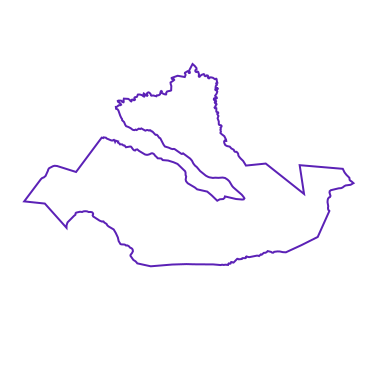 Lucerna, Ocotepeque, Honduras (Equal Earth projection), rotated 129°
{"feature_id": "27666195B25716596314577", "entity_name": "Lucerna", "entity_type": "district", "adm_level": 2, "iso_a3": "HND", "parent_name": "Honduras", "parent_adm1": "Ocotepeque", "projection": "equal_earth", "projection_center": [-89.0, 14.594], "detail": "fine", "context": "isolated", "style": "outline", "palette": "violet", "viewbox_px": 384, "rotation_deg": 129, "n_neighbors": 0, "source": "geoboundaries", "source_scale": "gbopen_adm2", "svg_char_len": 6053}
<svg xmlns="http://www.w3.org/2000/svg" viewBox="0 0 384 384"><g transform="rotate(129 192 192)"><path d="M281.9,189.6L275.7,177.3L260.8,161.7L251.4,150.8L247.2,145.3L234.9,129.9L230.7,123.7L229.6,122.9L228.8,121.5L227.5,120.3L226.0,118.1L225.2,118.5L224.4,118.5L224.1,117.6L223.5,117.1L222.9,117.4L222.2,117.1L221.7,117.4L221.2,116.6L221.0,115.6L220.7,115.3L215.5,114.8L215.1,114.4L214.9,113.3L212.7,111.1L212.0,111.3L211.6,111.1L209.8,108.9L209.1,108.7L208.4,109.3L207.8,109.1L207.2,107.5L206.6,106.5L200.6,101.5L199.9,100.6L199.6,99.6L197.1,99.2L196.9,98.4L194.1,97.9L192.9,96.6L191.5,96.1L190.3,96.0L188.8,92.9L188.7,91.6L188.3,91.0L187.9,90.6L186.8,90.5L184.4,88.2L183.0,86.4L181.6,83.6L179.8,81.1L164.4,73.5L147.8,66.0L120.3,73.3L120.0,75.0L118.8,76.3L117.3,77.2L114.6,80.3L112.7,81.6L111.4,82.1L110.1,82.1L109.1,81.6L107.9,81.9L105.9,84.8L104.7,85.5L103.2,85.2L96.8,80.3L95.2,78.6L93.7,77.8L91.6,77.3L90.2,76.7L86.6,73.3L83.5,72.1L83.4,74.8L83.6,76.0L83.4,77.1L81.9,78.7L81.5,82.7L80.8,85.7L79.1,89.4L103.4,125.2L123.0,103.7L123.5,152.6L137.5,166.7L135.7,171.7L135.3,175.7L134.8,178.1L134.3,179.1L133.2,180.3L132.8,181.7L132.8,182.8L133.6,183.7L133.7,184.3L133.6,184.9L132.9,186.2L133.4,188.8L133.0,191.2L134.2,193.6L134.5,194.9L134.5,196.0L133.5,197.9L132.4,198.9L131.3,198.9L131.1,198.5L131.0,197.7L130.8,197.5L129.9,198.5L128.3,202.0L128.4,205.5L128.2,207.1L126.8,207.6L125.8,209.1L124.9,209.2L124.1,210.3L122.7,210.2L122.1,210.5L121.9,211.5L122.7,212.9L122.4,213.9L120.3,215.6L118.6,218.5L116.3,219.3L115.5,221.5L115.0,221.6L114.2,221.3L113.9,221.5L113.7,222.1L114.2,223.0L114.2,223.7L111.6,225.8L111.7,226.4L112.4,226.9L112.2,227.6L111.8,227.7L111.0,227.4L109.9,228.1L108.6,228.0L108.1,228.6L108.4,229.9L108.1,230.6L107.6,230.8L106.7,230.1L106.2,230.4L106.0,231.2L106.6,232.5L106.3,233.3L105.6,233.7L105.0,233.6L104.6,233.2L104.2,232.0L103.3,231.8L102.9,232.4L103.0,233.8L102.6,234.6L100.0,234.8L98.1,235.5L97.7,236.4L98.0,237.9L97.5,238.6L96.7,238.3L96.2,236.9L95.5,236.9L95.2,237.7L96.0,238.8L95.8,239.6L94.6,240.2L93.0,240.1L92.8,240.5L92.7,241.3L92.3,241.6L91.2,241.0L90.1,242.6L88.8,243.9L88.8,244.6L89.6,244.9L89.9,245.3L90.1,247.7L91.0,249.5L91.6,250.1L92.7,250.1L93.2,250.7L93.1,251.6L92.0,252.1L91.6,253.0L92.0,253.9L93.2,254.1L93.7,254.7L93.7,255.5L92.9,256.4L93.0,257.1L94.6,258.1L96.2,258.6L97.7,258.6L98.0,259.1L97.8,259.6L96.1,260.7L94.8,262.7L94.9,263.5L95.7,263.8L96.1,264.2L96.2,264.9L95.9,265.6L95.2,266.0L93.8,265.7L92.9,266.5L92.3,269.2L92.2,272.1L99.2,270.7L99.8,270.2L100.2,269.1L100.8,268.7L101.2,268.9L101.4,269.4L100.6,270.6L100.8,271.4L103.7,272.5L104.2,272.3L104.6,271.2L105.2,270.6L107.2,270.0L110.7,276.3L116.1,279.6L116.5,279.3L116.7,278.8L116.5,278.2L115.8,277.4L115.8,276.9L116.1,276.4L116.9,276.5L120.4,277.6L121.6,276.4L122.6,274.8L126.1,272.2L126.6,272.3L129.5,274.6L131.1,274.5L132.2,273.6L132.6,273.6L133.4,275.0L134.0,277.5L133.7,278.3L132.8,278.7L132.9,279.5L133.4,279.6L136.3,278.3L137.8,278.8L139.0,280.1L140.0,279.9L141.4,282.9L142.7,284.2L142.7,284.7L142.1,285.5L141.8,286.4L141.7,287.8L142.0,288.6L142.9,289.0L143.9,289.0L144.5,288.5L144.9,287.4L145.5,287.4L145.8,288.4L145.7,291.1L145.8,291.5L146.9,291.0L147.2,290.4L147.3,289.3L147.9,289.2L148.2,289.8L148.2,291.6L148.7,293.1L149.5,294.5L150.4,295.4L152.6,294.7L153.2,295.0L154.1,295.9L154.8,296.1L155.4,295.8L155.9,294.6L156.6,294.4L157.2,294.8L157.5,296.2L158.1,296.8L158.7,296.8L159.4,296.2L159.8,296.2L160.0,296.8L159.6,298.4L159.8,300.2L162.3,303.7L163.7,303.0L164.9,301.8L165.4,301.7L165.9,302.9L165.6,304.0L165.7,304.7L167.3,306.7L167.9,307.0L168.4,306.4L168.3,303.9L168.5,302.7L168.8,302.0L169.5,302.2L170.7,303.5L173.3,304.1L173.8,304.7L175.1,303.4L174.6,302.0L174.9,300.6L177.8,295.9L178.9,293.7L179.3,292.3L180.2,291.4L180.4,288.8L181.8,286.2L182.3,284.6L181.5,282.3L181.0,279.7L181.0,277.4L180.6,276.4L180.0,275.5L179.0,275.1L178.7,274.0L176.2,273.2L175.7,271.9L174.5,271.4L173.7,266.9L172.3,266.1L171.7,265.3L171.3,264.0L170.4,263.6L170.2,262.8L170.4,261.7L169.9,260.9L170.5,256.8L170.4,256.1L169.7,255.4L169.7,254.5L170.5,251.5L170.2,250.5L173.1,243.9L173.7,241.7L172.2,238.0L171.5,235.4L170.9,234.1L169.9,233.2L169.6,232.4L169.0,224.2L168.6,223.6L167.6,223.3L167.2,214.4L167.7,211.7L169.0,208.9L169.6,206.3L169.6,204.0L170.6,198.9L170.6,191.6L170.2,189.4L169.7,187.8L167.9,184.6L166.3,183.0L164.4,180.4L161.5,177.3L160.3,175.1L160.0,172.2L160.2,169.7L162.1,164.5L162.4,162.8L162.8,151.6L163.3,149.2L163.9,147.3L165.2,147.2L166.3,148.3L169.7,153.3L174.7,163.6L176.1,163.0L177.8,163.3L180.2,165.8L182.9,166.9L182.2,174.7L182.1,180.4L186.7,189.7L186.7,192.7L187.9,200.8L187.4,203.3L186.4,204.7L183.6,206.3L182.9,207.6L181.0,209.2L180.2,210.4L179.3,220.9L180.5,225.1L182.6,230.4L185.6,234.8L185.6,235.5L185.3,236.5L185.4,237.1L187.4,239.9L187.1,241.4L187.0,243.6L186.5,245.2L186.7,246.9L187.5,247.9L189.3,248.7L190.9,249.8L191.8,250.9L192.4,252.1L193.4,259.1L193.3,261.3L194.3,262.2L195.5,262.3L196.0,263.2L196.0,264.6L195.2,267.5L195.2,268.1L195.7,268.8L198.8,271.5L198.3,273.7L199.0,274.6L198.9,276.1L200.4,278.1L199.9,278.8L200.2,280.7L199.8,281.2L199.2,281.3L200.1,283.6L201.4,283.3L200.8,284.3L200.6,285.5L201.0,285.8L201.8,285.9L202.7,287.1L204.1,291.9L204.0,293.1L205.2,295.1L206.0,295.0L206.6,296.4L249.4,294.7L256.7,313.2L258.1,315.3L259.5,316.3L263.4,318.0L264.9,317.9L266.0,317.4L271.7,315.9L274.1,316.4L275.3,317.2L277.1,317.5L304.9,316.5L293.6,299.1L298.8,267.0L296.9,268.5L293.9,269.6L284.9,268.7L283.1,268.3L281.7,269.1L280.9,269.0L277.8,266.6L276.7,264.8L275.4,264.2L274.2,263.0L273.1,261.4L272.6,259.7L271.2,258.1L270.6,256.7L270.9,255.4L271.6,254.8L272.6,254.6L273.2,253.4L272.4,245.8L271.6,243.2L270.8,242.7L270.6,242.2L270.9,240.9L270.6,238.3L271.2,236.9L271.3,235.3L270.4,229.3L271.8,225.5L274.0,221.0L276.3,218.1L277.5,214.8L277.0,213.7L275.5,211.7L275.1,210.8L275.1,209.5L274.4,209.0L274.1,208.3L273.9,206.8L274.2,205.0L273.8,203.8L273.8,202.7L274.3,201.6L275.3,200.6L277.2,200.2L279.4,200.2L280.3,199.7L281.7,194.8L281.4,192.4L281.6,190.8L281.9,189.6Z" fill="none" stroke="#5b21b6" stroke-width="2"/></g></svg>